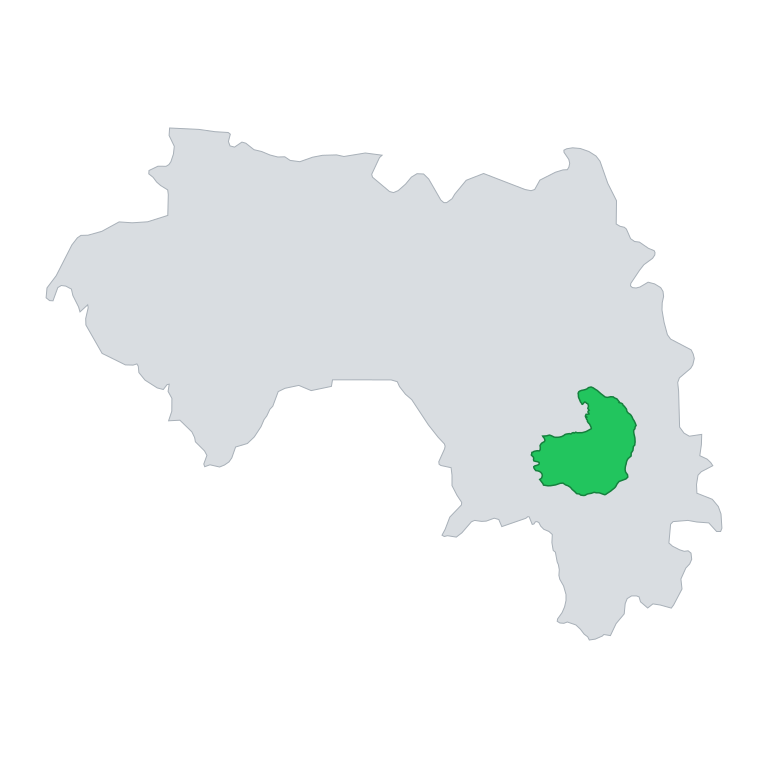 Kerouane, Kérouané, Guinea (highlighted)
{"feature_id": "49546643B6018429350706", "entity_name": "Kerouane", "entity_type": "district", "adm_level": 2, "iso_a3": "GIN", "parent_name": "Guinea", "parent_adm1": "Kérouané", "projection": "orthographic", "projection_center": [-9.183, 9.346], "detail": "fine", "context": "in_parent", "style": "filled", "palette": "green", "viewbox_px": 768, "rotation_deg": 0, "n_neighbors": 0, "source": "geoboundaries", "source_scale": "gbopen_adm2", "svg_char_len": 6690}
<svg xmlns="http://www.w3.org/2000/svg" viewBox="0 0 768 768"><path d="M481.6,521.4L474.6,520.4L471.4,521.8L461.9,532.8L456.3,537.1L447.5,535.7L444.3,536.5L442.0,535.2L445.2,529.2L449.8,517.1L461.4,505.0L461.7,502.4L457.0,495.3L452.0,485.6L452.0,475.2L451.1,467.7L440.9,465.5L439.1,464.3L438.8,461.7L444.6,448.8L445.1,446.2L444.4,443.9L438.1,437.2L428.4,424.9L411.7,399.6L405.5,394.3L399.5,386.6L397.3,381.7L391.1,379.9L332.5,379.8L331.4,386.4L311.2,390.6L298.8,385.4L285.0,388.3L278.2,391.6L272.8,406.2L269.9,409.3L266.8,415.9L264.1,419.5L261.0,426.7L254.3,436.9L247.4,443.5L235.6,447.0L231.8,457.9L229.0,461.9L224.5,465.0L219.6,467.0L210.0,464.8L204.7,466.7L203.8,464.0L206.9,455.4L204.5,450.9L195.4,441.8L194.6,437.5L191.9,431.9L179.9,420.2L168.6,420.8L171.8,411.2L171.9,398.4L168.1,391.4L169.2,384.2L167.1,384.6L163.3,389.5L157.2,387.9L145.0,380.1L138.9,372.6L138.3,366.3L136.9,363.9L133.1,365.1L125.4,364.9L102.1,353.4L85.9,325.0L85.7,318.6L88.2,307.7L87.7,304.8L80.0,311.9L78.6,307.0L72.9,295.6L71.4,289.1L65.8,286.1L61.3,285.5L57.8,287.6L53.0,300.8L49.6,300.6L46.1,297.8L47.0,287.9L56.2,275.7L71.9,244.9L77.4,237.8L80.9,235.4L88.0,235.2L101.9,231.3L119.1,221.9L132.2,222.8L147.6,221.8L167.8,215.4L168.3,194.6L167.7,189.9L160.7,185.6L156.6,182.0L153.1,177.3L148.8,173.9L149.0,170.5L158.0,166.2L166.1,166.3L168.9,164.6L170.9,161.7L173.4,154.2L174.3,146.3L169.1,135.5L169.6,128.0L198.9,129.4L215.0,131.7L228.2,132.5L230.3,134.2L228.4,141.5L230.0,145.9L234.5,147.1L241.9,142.1L245.8,143.2L254.0,149.7L261.6,151.5L270.0,155.0L277.8,157.0L284.8,156.8L290.1,160.4L299.9,161.7L312.6,157.2L322.6,155.3L336.6,154.9L343.9,156.5L365.3,153.0L382.1,155.2L379.5,157.6L371.7,174.3L372.5,177.2L389.5,191.5L393.5,192.6L398.2,190.6L405.6,184.1L411.4,177.1L417.0,173.7L423.6,174.0L428.7,179.0L440.8,200.0L443.8,202.6L446.7,202.6L452.1,198.7L454.8,194.1L466.2,180.3L483.6,173.5L525.0,189.5L531.1,190.7L534.7,189.5L539.9,180.1L555.5,172.2L563.0,169.9L567.3,169.7L568.9,167.1L569.7,163.3L568.8,159.4L564.0,152.3L563.9,150.2L566.6,148.8L572.6,147.8L580.3,148.5L588.9,151.5L596.0,156.0L600.0,161.2L607.8,183.4L616.5,200.7L616.2,224.0L620.1,226.3L624.4,227.3L626.4,229.1L630.6,238.7L634.6,241.5L639.4,242.1L648.4,248.3L654.2,250.7L655.0,252.5L654.8,255.0L652.6,258.3L643.9,264.7L639.6,270.2L630.8,283.4L630.5,285.9L632.4,287.6L636.1,288.0L640.0,287.0L648.1,282.2L654.6,283.9L660.7,287.6L663.0,291.4L663.6,296.4L662.2,302.8L662.0,310.1L664.1,322.4L667.4,334.7L670.6,339.1L691.2,349.9L693.2,354.0L694.3,358.5L692.8,364.8L690.7,368.3L679.4,377.9L677.7,382.5L678.6,391.0L679.6,427.1L684.0,433.1L689.3,436.2L701.7,434.4L701.4,444.5L699.8,455.7L707.1,459.1L710.7,462.5L712.8,465.7L701.3,471.7L698.0,475.2L696.5,484.5L696.9,493.2L712.3,499.3L718.3,506.5L721.0,514.0L721.9,528.2L720.6,531.5L716.6,531.5L708.8,522.9L696.8,522.0L687.9,520.4L673.1,521.6L670.6,524.2L668.9,543.0L672.5,546.2L679.6,549.8L684.2,551.3L688.1,550.8L691.0,553.1L691.7,559.3L689.7,563.9L685.8,568.1L680.9,579.0L682.0,589.0L673.6,605.0L671.3,608.1L660.2,605.0L652.9,603.9L647.7,608.0L640.5,601.8L639.1,596.9L636.5,595.9L631.6,595.9L627.2,598.6L625.2,603.6L624.2,613.9L616.1,623.6L610.4,635.6L603.8,634.5L602.4,636.0L595.3,639.1L589.3,640.0L587.7,636.8L584.2,634.2L580.3,629.1L575.8,624.9L567.3,622.0L563.9,623.3L559.9,623.0L557.2,621.3L557.6,618.9L562.1,612.6L564.6,606.8L566.0,600.5L566.0,594.5L563.6,586.0L559.8,579.3L558.9,575.4L559.3,569.8L558.4,564.7L557.2,562.0L555.4,552.2L553.2,550.4L551.9,542.6L552.3,534.5L549.0,531.5L543.8,529.3L540.7,526.1L538.9,522.6L537.0,521.6L535.4,521.8L533.9,524.0L532.2,524.4L529.2,516.9L527.9,516.6L525.8,518.3L501.8,526.6L498.8,519.5L494.2,518.2L486.3,521.1L481.6,521.4Z" fill="#d9dde1" stroke="#a8b0b8" stroke-width="1"/><path d="M635.4,426.5L636.1,425.5L635.4,423.5L634.8,422.2L634.1,420.7L633.0,419.1L632.1,417.0L631.0,415.2L629.8,414.0L628.4,413.2L626.9,411.4L626.5,409.2L625.7,408.1L625.0,407.2L624.3,406.2L623.3,405.6L622.5,403.9L621.6,403.3L619.0,402.5L619.3,401.9L617.7,399.9L616.8,398.8L614.5,397.9L613.3,396.9L610.8,396.7L607.6,397.4L605.3,397.1L603.0,395.3L600.9,393.7L599.2,392.2L597.3,390.5L595.8,389.6L593.1,387.8L591.1,387.0L588.5,387.6L586.8,389.0L585.1,389.6L583.2,390.1L581.5,390.4L579.5,391.2L578.7,391.9L578.1,393.3L578.3,394.3L578.4,395.4L578.4,396.3L578.6,397.5L579.0,398.4L579.4,399.2L579.7,400.1L580.0,400.5L580.4,401.8L581.1,402.6L582.0,404.2L582.6,404.3L583.8,402.9L584.7,402.0L585.7,402.3L586.6,403.3L587.7,403.7L588.1,404.5L588.5,406.2L587.8,408.4L589.1,410.3L588.6,410.5L588.1,411.4L587.9,412.0L588.7,413.1L589.0,413.9L587.9,414.2L586.8,414.3L586.1,414.3L585.8,415.0L585.5,415.6L585.4,416.4L585.6,416.9L585.9,416.7L586.7,416.8L586.9,417.2L586.2,418.1L586.4,418.9L586.7,419.4L587.3,420.0L587.4,420.7L587.4,421.4L587.8,422.0L588.3,422.8L589.5,424.0L590.1,425.1L590.8,426.6L591.3,428.0L591.3,428.7L587.9,430.6L586.2,431.5L584.3,432.1L582.0,432.7L579.1,432.7L577.3,432.8L575.7,432.2L574.2,433.1L573.3,432.6L572.3,432.9L571.3,433.6L570.9,434.0L569.4,433.6L568.1,433.8L566.2,434.1L565.0,434.5L563.6,435.6L561.6,436.6L559.1,437.2L557.1,437.3L555.2,437.3L553.9,437.0L553.0,436.5L551.3,435.7L549.6,435.1L548.1,435.4L546.9,435.8L546.0,435.9L542.7,436.1L543.3,437.1L544.2,438.1L545.0,440.3L544.4,441.6L543.3,442.2L541.9,443.0L541.1,443.8L540.5,444.7L540.2,445.3L540.0,445.8L540.3,447.0L540.2,449.8L539.2,450.9L537.3,450.7L534.7,451.2L533.5,451.6L532.8,452.2L531.9,452.4L531.7,453.9L531.3,455.0L532.0,455.8L532.3,456.0L533.3,457.0L533.7,458.1L533.6,458.7L533.5,459.8L533.9,460.9L535.6,461.4L536.9,461.6L538.3,462.0L539.2,462.6L539.2,463.8L539.1,464.0L538.8,464.4L537.8,465.0L536.6,465.4L535.0,465.8L533.8,466.6L533.8,467.3L534.1,468.3L534.8,469.4L535.2,469.8L535.8,470.6L537.5,470.8L539.4,471.4L541.0,472.5L542.1,474.2L542.3,475.9L541.6,478.0L540.6,478.9L539.7,479.4L540.3,480.2L542.9,483.6L543.5,485.1L548.0,485.8L550.6,485.7L555.6,484.9L560.2,483.3L563.0,483.1L565.6,484.9L568.1,485.8L570.5,487.4L572.1,489.4L574.8,491.7L576.6,493.6L579.5,494.0L580.5,495.0L581.9,495.3L583.9,495.5L585.1,495.3L587.4,494.0L589.5,493.6L591.3,493.3L594.1,492.3L596.3,492.8L599.2,492.8L601.2,493.5L602.5,494.0L604.0,494.5L604.8,494.7L605.5,494.5L605.9,494.3L606.5,493.8L610.8,491.0L612.1,489.9L613.0,489.2L614.7,487.8L615.1,487.3L615.7,486.6L617.1,483.9L618.8,481.8L619.0,481.5L621.7,480.5L626.0,478.9L627.2,477.7L627.8,477.1L627.5,474.7L625.6,472.1L625.1,469.6L625.3,467.1L625.7,465.3L626.1,464.1L626.3,462.8L626.9,460.6L628.3,458.3L628.8,458.0L631.1,456.0L631.2,453.0L632.9,450.5L633.4,446.5L634.8,445.0L634.8,443.9L635.1,442.0L635.0,440.0L634.9,438.0L634.5,436.1L634.0,434.1L633.7,432.1L633.7,430.9L633.7,430.2L634.9,428.8L635.1,427.0L635.4,426.5Z" fill="#22c55e" stroke="#15803d" stroke-width="1.5"/></svg>